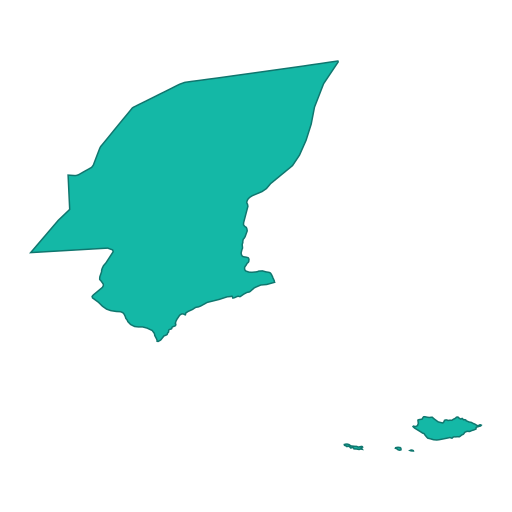 SVG path tracing the border of Hadramawt
{"feature_id": "YEM-3497", "entity_name": "Hadramawt", "entity_type": "Governorate", "adm_level": 1, "iso_a3": "YEM", "parent_name": "Yemen", "parent_adm1": "", "projection": "orthographic", "projection_center": [51.058, 15.554], "detail": "fine", "context": "isolated", "style": "filled", "palette": "teal", "viewbox_px": 512, "rotation_deg": 0, "n_neighbors": 0, "source": "natural_earth", "source_scale": "10m", "svg_char_len": 4806}
<svg xmlns="http://www.w3.org/2000/svg" viewBox="0 0 512 512"><path d="M337.9,61.0L338.2,61.9L323.6,83.7L314.5,107.1L311.2,124.1L306.1,140.2L299.5,155.1L292.5,165.6L270.6,183.6L266.4,188.6L262.0,191.6L252.5,195.6L250.2,197.0L248.9,198.1L247.7,199.5L246.8,201.7L246.8,203.0L247.5,204.2L247.9,206.3L243.6,222.7L243.5,224.8L244.3,225.9L245.1,226.7L246.3,227.4L246.9,228.9L247.2,230.9L245.1,236.7L244.1,238.3L243.2,239.3L242.8,241.3L242.8,242.7L242.2,244.3L242.3,245.8L242.5,247.2L242.5,248.2L242.0,249.4L241.6,250.9L241.1,253.1L241.6,255.1L242.5,256.4L244.3,256.9L245.8,257.1L248.1,257.7L248.6,258.3L249.0,259.4L248.7,261.7L248.1,262.5L247.2,263.2L246.2,265.0L245.4,266.1L244.7,267.1L244.6,268.1L244.6,269.1L245.0,270.1L245.8,271.0L249.2,272.2L252.0,272.3L256.2,271.9L257.6,271.6L258.8,271.1L262.5,270.9L266.1,271.9L269.2,272.4L270.4,273.0L271.4,274.4L271.9,275.5L272.5,276.6L272.9,278.0L273.5,279.0L273.9,280.0L274.3,280.9L274.4,281.9L274.6,282.3L266.7,284.5L260.8,285.0L255.6,287.2L254.1,288.0L250.1,291.5L249.2,292.0L247.0,292.4L243.8,294.1L240.2,296.6L239.4,296.6L238.4,296.2L237.1,296.5L234.7,297.6L233.7,297.9L233.2,298.0L232.7,298.0L232.4,296.8L232.0,296.2L231.5,296.2L230.7,296.5L227.2,296.8L219.3,299.4L207.2,302.4L200.7,306.0L198.4,306.9L195.9,307.3L194.8,307.9L192.6,309.4L188.0,311.5L185.8,313.0L185.4,314.8L184.8,314.7L184.0,314.2L182.9,313.9L181.6,314.0L180.5,314.6L179.6,315.3L176.9,319.3L175.9,321.3L175.3,323.6L175.7,323.9L175.8,324.6L175.6,325.2L175.5,325.6L174.8,326.0L172.5,326.9L172.0,327.3L171.7,328.6L170.9,329.1L169.9,329.3L169.0,329.8L168.8,330.1L168.6,330.6L168.6,331.9L168.4,332.2L168.1,332.5L167.7,332.9L167.1,334.5L166.1,335.1L164.0,335.9L160.7,340.0L159.7,340.6L159.4,340.7L158.7,341.2L158.4,341.4L158.0,341.4L157.6,341.4L157.1,341.3L157.1,340.9L157.0,340.1L156.6,339.0L155.1,336.2L154.7,335.3L154.6,334.3L154.2,333.2L153.3,332.0L152.2,330.5L147.1,328.1L142.5,326.9L138.2,326.9L134.6,326.5L130.6,324.5L127.9,321.7L127.2,320.1L125.8,318.3L125.3,316.6L124.2,314.3L123.2,313.0L121.8,312.2L120.4,311.7L116.4,311.5L110.7,310.6L106.5,309.1L102.4,306.2L98.5,302.3L92.5,297.9L92.1,296.4L93.4,294.9L102.4,287.4L103.3,285.8L103.3,284.1L101.1,281.0L99.7,279.5L99.7,278.1L99.9,276.6L101.6,271.7L101.6,270.4L102.2,268.4L103.5,265.7L106.0,262.8L113.2,251.7L112.6,249.9L107.7,248.1L30.7,252.6L58.3,220.3L69.7,209.4L68.1,175.1L75.2,175.6L77.0,175.3L78.6,174.7L85.3,170.9L91.6,167.4L93.3,165.2L97.1,155.2L99.8,148.2L100.7,146.5L106.1,140.0L114.3,129.9L123.0,119.3L128.0,113.3L132.3,108.0L133.5,107.2L140.5,103.7L149.8,99.1L160.2,93.9L169.5,89.3L177.2,85.4L179.7,84.2L184.7,82.4L191.6,81.4L200.2,80.3L208.9,79.1L217.5,78.0L226.1,76.8L234.7,75.6L243.3,74.4L252.0,73.2L260.6,72.0L269.2,70.8L277.8,69.6L286.4,68.4L295.0,67.2L303.6,66.0L312.2,64.7L320.8,63.5L329.4,62.2L337.9,61.0ZM477.4,425.7L478.9,425.4L479.9,424.8L480.5,424.8L481.3,425.2L480.6,426.0L479.0,426.4L477.8,426.8L476.7,427.1L476.1,427.5L476.0,429.0L473.7,430.0L471.9,430.5L469.6,431.5L467.1,431.3L465.1,432.1L464.6,432.6L463.6,434.0L463.1,434.4L461.7,435.0L460.1,436.3L459.3,436.8L457.6,436.7L455.1,436.9L454.1,436.8L453.2,437.1L452.0,438.2L450.7,437.8L449.9,437.5L448.2,437.9L445.8,438.4L439.2,439.7L436.7,440.0L433.4,439.7L430.4,438.8L427.8,438.2L426.7,437.1L425.8,436.0L424.9,434.9L424.1,433.6L422.6,433.1L420.3,431.6L414.6,428.1L413.2,426.8L413.0,426.5L413.5,426.1L415.0,426.5L416.1,426.4L417.3,425.7L417.6,425.5L417.7,425.0L418.1,424.0L418.3,423.4L417.9,420.1L418.7,419.7L419.7,419.5L422.0,419.2L422.5,418.3L423.1,417.4L423.6,416.8L424.7,416.7L427.7,417.3L429.5,417.5L430.8,417.3L432.2,417.2L434.4,419.1L438.2,421.9L440.7,422.5L442.8,423.0L444.0,421.7L444.5,420.3L446.0,419.9L447.0,420.0L448.0,420.5L449.9,420.2L451.8,420.3L453.8,419.0L454.5,418.8L455.8,417.9L456.4,417.2L457.9,417.0L458.6,417.7L459.4,418.3L460.6,419.0L461.5,418.8L462.1,418.4L462.4,418.6L463.0,419.2L463.4,419.7L464.5,419.7L465.7,419.9L466.2,420.8L467.1,421.1L469.0,422.0L471.3,422.4L473.5,423.6L474.7,424.0L477.4,425.7ZM356.7,446.4L358.4,447.1L361.5,446.4L362.3,446.6L362.6,447.1L361.9,447.4L361.3,448.0L361.7,448.4L362.3,449.3L360.7,449.0L360.0,449.2L359.1,449.5L356.5,449.0L354.0,448.9L353.8,448.4L353.2,447.6L352.8,447.6L352.5,447.6L351.3,447.9L350.7,448.0L350.5,447.8L349.8,446.9L349.7,446.6L349.4,446.7L348.3,446.2L347.6,446.4L346.9,446.6L346.6,446.3L346.4,446.1L344.5,445.3L344.3,444.5L345.1,444.3L345.9,444.1L347.3,444.1L348.9,444.5L350.6,445.7L351.8,446.1L352.7,446.1L354.4,446.3L356.7,446.4ZM399.1,447.5L400.0,447.5L400.8,448.1L401.0,449.0L401.0,449.8L400.2,450.1L399.3,450.2L397.7,449.6L396.6,448.6L395.4,448.3L395.6,447.7L396.4,447.5L397.1,447.5L397.7,447.3L398.3,447.3L399.1,447.5ZM410.0,450.5L411.1,450.0L412.1,450.1L412.7,450.4L413.3,450.6L413.4,451.0L411.6,450.9L410.8,450.8L410.0,450.5Z" fill="#14b8a6" stroke="#0f766e" stroke-width="1.5"/></svg>